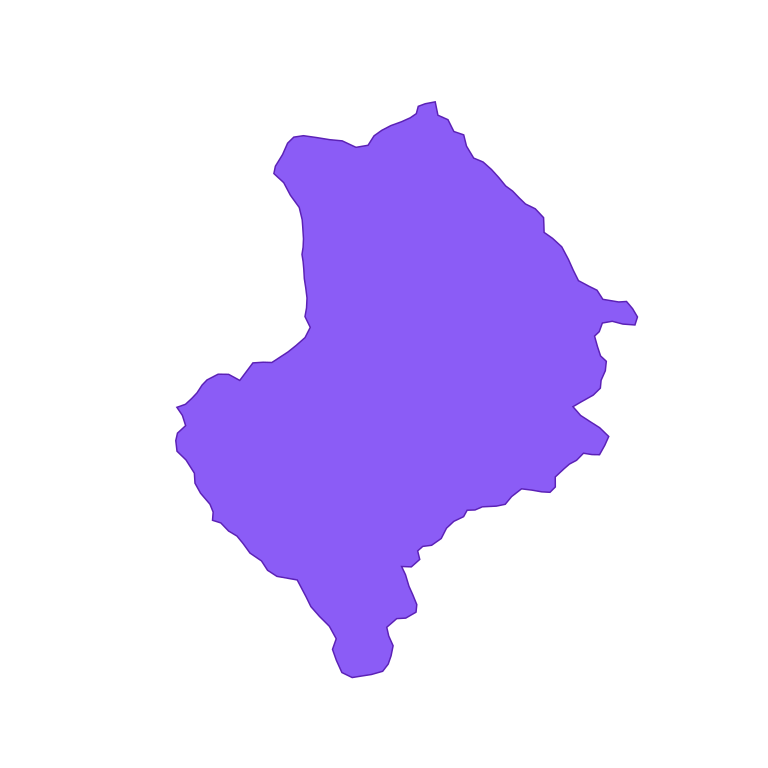 Arco-Íris, São Paulo, Brazil, rotated 125°
{"feature_id": "56859067B7870901954406", "entity_name": "Arco-Íris", "entity_type": "district", "adm_level": 2, "iso_a3": "BRA", "parent_name": "Brazil", "parent_adm1": "São Paulo", "projection": "natural_earth1", "projection_center": [-50.429, -21.77], "detail": "fine", "context": "isolated", "style": "filled", "palette": "violet", "viewbox_px": 768, "rotation_deg": 125, "n_neighbors": 0, "source": "geoboundaries", "source_scale": "gbopen_adm2", "svg_char_len": 2271}
<svg xmlns="http://www.w3.org/2000/svg" viewBox="0 0 768 768"><g transform="rotate(125 384 384)"><path d="M642.7,241.7L636.3,235.1L629.2,227.7L620.1,220.3L611.0,219.9L602.6,222.3L593.2,226.4L587.7,235.6L581.7,242.2L568.9,239.0L563.3,231.9L552.5,226.9L545.9,230.6L540.1,239.6L535.4,247.5L527.9,257.0L523.4,264.9L518.1,256.7L507.2,254.1L501.4,260.7L494.8,259.1L488.8,252.5L477.7,248.5L466.2,250.1L456.4,248.0L447.0,242.7L439.7,243.5L435.0,237.2L428.2,233.0L419.6,221.9L413.0,215.7L403.0,214.9L391.0,211.2L386.1,202.0L381.9,193.0L377.5,185.9L370.1,184.6L361.9,190.4L350.6,188.0L343.3,186.2L336.0,182.5L326.3,180.9L322.5,173.1L318.3,166.9L307.5,168.0L298.1,169.8L296.1,182.2L296.6,193.3L297.0,204.9L294.2,216.2L285.7,212.3L273.0,206.2L263.3,204.4L256.4,208.3L246.2,210.3L237.9,214.9L236.8,222.7L230.9,230.6L224.0,239.0L217.7,237.7L208.8,240.1L201.7,233.0L197.9,222.7L191.7,212.3L183.7,214.8L179.7,223.6L177.3,232.7L182.2,238.8L189.1,253.3L185.0,263.3L186.4,272.4L187.8,284.0L182.2,294.3L176.2,304.3L169.7,317.0L168.0,329.5L168.0,339.8L161.7,344.5L156.2,348.7L153.7,360.6L155.4,371.4L154.0,380.1L152.2,389.2L152.0,397.9L149.1,408.2L146.7,418.7L145.3,430.1L147.5,440.1L141.8,452.9L134.2,461.6L137.1,471.6L130.8,483.2L132.9,494.0L123.5,503.9L130.8,511.0L136.9,515.2L144.0,512.6L150.9,515.2L159.0,520.0L168.4,526.6L177.4,531.3L186.4,534.5L197.6,534.0L206.2,542.7L208.8,557.7L215.0,568.6L220.9,580.8L226.8,592.4L233.5,599.5L242.0,601.1L254.2,598.7L267.9,597.9L274.8,594.9L276.6,581.6L283.1,568.9L288.0,554.7L296.4,545.2L302.4,540.3L311.3,533.2L318.4,528.7L324.9,525.5L330.1,520.5L336.4,515.2L343.4,509.7L350.3,503.1L357.7,496.4L366.1,491.1L374.1,487.4L379.9,476.9L391.3,475.3L403.2,478.2L413.0,481.1L430.7,488.2L435.5,495.5L441.9,503.5L463.8,504.2L465.2,516.8L471.1,525.5L482.1,531.3L489.2,532.4L498.5,532.1L506.1,533.2L514.5,535.0L521.9,540.3L525.4,531.1L531.9,522.6L542.7,525.0L549.8,522.1L557.8,515.0L559.8,502.6L565.8,488.2L573.7,481.9L578.7,471.6L582.3,457.6L586.9,450.5L594.0,446.3L591.4,438.0L593.6,426.9L592.9,417.2L595.6,407.7L599.4,396.7L599.2,382.9L603.4,372.5L603.0,361.4L594.3,342.7L599.6,332.4L603.0,325.8L608.3,316.2L611.4,303.5L613.8,289.8L620.1,277.0L630.9,274.0L637.7,264.5L644.5,253.0L642.7,241.7Z" fill="#8b5cf6" stroke="#5b21b6" stroke-width="1.5"/></g></svg>